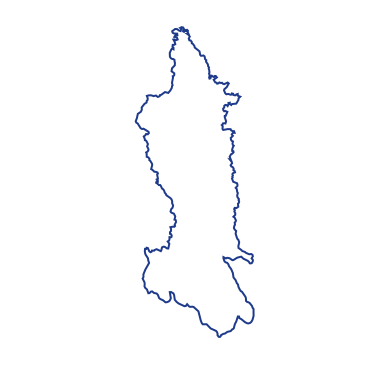 Vazante, Minas Gerais, Brazil (Natural Earth projection), rotated 322°
{"feature_id": "56859067B85827505111721", "entity_name": "Vazante", "entity_type": "district", "adm_level": 2, "iso_a3": "BRA", "parent_name": "Brazil", "parent_adm1": "Minas Gerais", "projection": "natural_earth1", "projection_center": [-46.846, -17.863], "detail": "fine", "context": "isolated", "style": "outline", "palette": "blue", "viewbox_px": 384, "rotation_deg": 322, "n_neighbors": 0, "source": "geoboundaries", "source_scale": "gbopen_adm2", "svg_char_len": 6050}
<svg xmlns="http://www.w3.org/2000/svg" viewBox="0 0 384 384"><g transform="rotate(322 192 192)"><path d="M168.5,322.0L168.5,320.4L169.1,318.8L169.1,315.1L168.7,313.8L167.8,312.7L167.5,311.1L169.1,308.9L169.6,307.4L170.0,301.4L169.5,300.4L169.5,298.7L170.1,295.7L171.3,293.0L171.2,291.5L172.1,288.3L172.1,284.9L174.3,281.0L175.4,276.9L175.5,273.4L176.2,271.1L176.1,269.4L175.2,268.1L174.9,266.8L175.9,263.7L176.7,262.7L177.8,265.2L179.2,265.5L180.1,266.4L180.9,267.5L181.8,270.5L182.7,271.1L187.3,271.6L191.0,273.3L191.4,276.1L193.6,280.6L193.9,282.3L193.6,283.7L194.5,284.6L195.7,284.8L197.6,283.8L198.2,282.7L198.1,281.1L200.4,280.1L201.0,278.7L200.6,277.5L198.7,276.2L197.0,273.1L196.8,271.8L195.3,269.5L195.1,267.8L194.2,264.8L195.0,263.4L198.3,260.6L199.1,258.1L198.9,256.9L199.3,255.5L200.7,251.7L202.8,249.9L202.5,248.0L202.9,246.1L204.7,244.6L205.7,244.3L206.9,242.3L207.9,242.3L209.1,241.5L209.8,238.6L209.4,237.0L211.9,236.7L213.1,235.3L213.4,233.4L214.6,232.7L214.7,231.4L215.9,230.8L217.1,232.0L219.4,232.1L221.0,229.5L222.2,229.4L223.4,228.4L223.7,227.0L224.6,226.5L224.7,223.9L225.4,222.6L227.5,221.0L227.7,219.7L229.1,217.2L229.0,215.6L231.5,215.2L232.3,214.3L232.9,212.9L230.8,209.3L231.8,206.0L232.9,205.7L233.3,204.6L234.3,204.3L234.8,202.8L236.3,202.4L238.0,203.0L238.6,201.4L238.1,200.2L239.3,199.1L239.4,197.3L238.7,196.1L238.9,194.7L241.3,194.0L241.8,192.9L241.8,189.9L242.4,190.8L243.4,187.4L246.0,186.3L247.5,186.6L249.2,186.3L249.7,185.3L248.9,184.6L249.6,183.4L252.2,181.6L253.4,181.3L253.2,179.9L253.7,178.8L255.4,177.4L254.8,176.2L254.9,174.8L255.8,173.3L258.8,172.9L258.7,171.2L259.7,170.8L260.8,170.6L262.0,171.6L262.6,170.0L261.4,168.9L260.8,167.5L261.1,166.3L259.0,164.5L254.8,162.3L254.9,161.0L256.7,159.1L256.7,157.6L257.7,157.6L258.5,157.0L259.7,157.6L260.5,158.6L262.4,157.3L263.9,153.1L264.7,152.2L265.5,152.7L269.2,150.6L268.1,148.6L267.1,148.2L267.0,146.9L267.8,145.5L269.5,145.2L270.4,144.0L271.9,143.9L272.9,145.0L273.0,146.2L274.9,145.3L275.5,144.3L276.7,144.9L275.9,145.8L276.5,147.6L277.6,147.3L281.3,149.6L285.3,148.0L286.4,146.8L288.7,146.6L287.4,144.3L288.4,142.9L287.0,142.4L285.9,142.6L284.9,141.8L284.4,140.9L284.9,139.9L284.1,138.9L283.2,139.6L282.2,139.0L281.0,137.1L279.2,136.1L279.0,134.6L279.8,131.6L280.9,130.9L283.8,130.8L287.8,129.1L287.5,127.7L283.7,126.8L283.0,125.7L282.9,124.4L281.9,124.0L281.0,122.5L279.7,122.7L278.5,122.1L278.7,121.1L277.8,119.9L278.2,116.9L282.2,117.0L282.1,115.2L281.1,114.5L280.1,114.9L279.4,113.7L279.2,112.5L278.0,112.2L277.4,113.2L276.5,113.8L275.6,113.4L276.0,112.3L278.0,110.7L278.2,109.3L279.1,108.8L280.6,106.6L281.0,105.2L282.1,104.3L282.1,102.9L283.1,101.2L283.3,97.9L284.4,97.0L284.1,95.4L285.4,92.9L285.1,91.5L283.0,90.3L282.9,88.9L284.5,85.8L283.1,79.8L283.8,78.5L283.9,76.0L283.4,74.6L284.2,73.7L284.2,71.7L283.3,70.9L283.9,69.1L285.9,68.2L286.1,66.3L285.6,64.5L286.6,65.2L287.0,63.4L288.1,62.4L287.9,61.1L286.6,60.6L286.6,61.8L285.4,60.6L284.3,60.9L283.9,59.9L284.8,58.9L286.1,58.3L286.3,56.9L285.3,55.7L283.7,55.4L284.1,56.8L282.1,58.2L281.3,57.1L280.5,54.4L279.1,53.2L275.4,53.1L274.8,54.6L275.4,56.0L277.8,58.1L277.1,59.3L276.2,58.5L274.9,58.4L273.6,58.9L275.3,60.7L274.6,63.0L272.7,62.4L272.2,61.0L271.2,60.4L270.8,62.9L269.9,65.2L268.7,65.1L267.4,64.2L266.2,65.4L266.2,67.0L265.3,68.1L264.7,66.7L263.3,67.0L260.1,68.7L257.9,71.8L257.7,73.5L258.3,75.0L259.2,75.8L259.5,77.2L258.6,78.4L258.1,79.7L256.4,81.6L252.4,82.2L250.2,84.3L251.1,87.5L250.2,88.8L249.0,89.2L248.1,88.9L247.6,90.0L243.3,93.8L242.5,95.9L241.5,96.2L240.2,97.5L237.6,98.6L234.3,99.3L232.2,96.6L227.6,96.5L226.4,95.9L225.5,96.6L223.5,96.0L223.0,93.8L220.8,92.8L219.4,90.7L217.6,89.3L215.6,88.5L214.8,90.9L213.7,92.1L212.5,92.3L211.3,93.5L208.7,93.3L204.4,94.4L203.1,96.3L201.0,97.3L197.4,97.1L194.0,99.9L191.2,101.6L190.8,103.0L191.4,104.5L190.8,110.1L191.5,111.7L192.8,112.3L194.8,117.8L194.3,119.0L192.7,119.3L191.5,118.0L190.1,118.6L188.2,118.5L187.5,121.0L186.8,122.1L187.5,123.4L186.8,127.1L184.7,128.4L184.1,131.3L183.3,132.3L181.8,132.8L180.2,132.6L179.9,133.8L178.0,136.4L178.9,137.9L178.9,139.7L178.0,140.6L178.3,141.9L177.9,145.2L177.1,146.4L173.9,148.8L174.5,150.3L174.8,152.8L176.0,154.0L176.8,155.3L176.5,156.5L175.3,156.7L173.3,160.6L172.0,160.4L172.1,161.9L171.4,162.9L170.4,162.0L169.4,162.7L169.8,163.7L170.2,166.2L171.2,166.9L171.2,168.1L170.5,170.8L171.0,172.2L170.8,174.0L170.1,175.8L170.2,177.6L169.8,178.7L171.3,183.8L171.3,185.3L170.6,187.3L169.5,188.4L168.8,191.0L167.0,192.4L165.1,192.7L163.1,194.1L163.0,195.5L164.4,197.9L163.8,200.9L161.2,203.0L161.9,203.9L161.1,205.7L158.1,207.2L157.7,208.4L156.6,208.5L155.7,207.6L153.3,206.4L152.7,208.3L151.5,209.8L149.9,210.1L148.9,211.4L149.5,212.2L149.3,213.6L148.3,214.7L147.4,214.7L146.5,213.7L144.8,215.7L143.7,216.2L142.4,216.0L142.3,218.8L138.5,221.9L137.6,221.1L136.7,218.3L135.6,217.4L134.2,217.2L132.2,218.9L131.0,219.4L128.9,215.3L126.9,214.7L126.0,214.9L124.4,213.5L123.3,214.2L122.2,213.9L121.8,212.4L122.7,209.0L121.9,208.0L120.9,208.7L120.0,207.9L118.2,209.8L117.4,211.4L116.9,212.6L116.5,217.1L115.3,219.2L114.5,221.5L107.5,224.4L103.0,227.0L101.3,229.2L99.8,229.8L99.0,233.8L98.3,235.1L96.5,237.1L96.1,238.5L96.5,241.1L95.3,244.9L96.2,245.5L98.3,245.2L99.4,245.8L99.9,248.2L101.6,250.1L101.8,252.0L100.8,255.3L101.1,256.8L102.5,259.4L103.2,262.6L104.4,263.4L106.1,263.9L107.3,263.9L108.6,263.4L109.9,262.7L112.9,257.2L113.9,257.9L114.9,260.4L114.5,262.1L112.1,266.3L112.2,269.2L112.9,271.8L115.8,277.4L117.0,278.0L119.1,277.4L119.2,280.0L119.7,281.3L121.7,282.6L122.5,283.6L123.6,290.0L119.9,298.4L119.1,300.9L119.0,302.8L122.1,305.2L122.7,311.0L125.4,316.2L125.5,317.6L125.0,319.2L123.9,320.7L123.9,322.6L124.9,323.4L125.8,323.3L126.6,322.7L129.2,323.0L130.7,323.8L133.8,324.0L136.8,325.4L139.2,325.0L140.3,325.3L141.2,325.0L144.3,322.6L147.3,321.2L151.5,318.3L152.4,319.1L151.7,320.5L152.7,322.9L153.6,327.1L154.6,329.3L155.5,330.3L157.1,330.9L158.7,330.9L161.1,329.9L164.3,327.5L168.5,322.0ZM286.6,60.6L286.1,59.6L285.4,60.6L286.6,60.6Z" fill="none" stroke="#1e3a8a" stroke-width="2"/></g></svg>